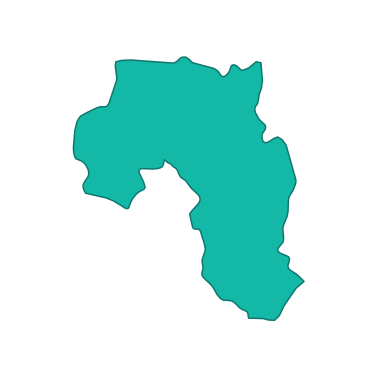 outline of Aragatsotn, rotated 254°
{"feature_id": "ARM-1553", "entity_name": "Aragatsotn", "entity_type": "Province", "adm_level": 1, "iso_a3": "ARM", "parent_name": "Armenia", "parent_adm1": "", "projection": "robinson", "projection_center": [44.108, 40.464], "detail": "fine", "context": "isolated", "style": "filled", "palette": "teal", "viewbox_px": 384, "rotation_deg": 254, "n_neighbors": 0, "source": "natural_earth", "source_scale": "10m", "svg_char_len": 2725}
<svg xmlns="http://www.w3.org/2000/svg" viewBox="0 0 384 384"><g transform="rotate(254 192 192)"><path d="M75.1,274.9L70.8,265.5L57.2,249.0L49.0,241.8L45.9,236.0L48.0,229.9L50.6,225.8L55.2,211.6L60.4,212.3L61.7,211.8L63.0,210.7L65.3,207.8L67.5,205.9L73.7,202.5L75.9,200.7L77.5,197.9L78.2,195.9L78.8,193.7L80.0,191.6L82.0,189.8L86.1,188.0L94.6,185.9L97.3,184.8L106.6,179.4L108.9,178.8L111.0,179.0L115.8,181.6L117.4,182.0L121.1,182.3L123.0,182.7L124.8,183.5L131.1,187.9L132.7,188.8L134.3,189.2L139.3,189.6L152.0,189.3L153.7,188.7L154.7,187.6L155.2,185.6L155.7,184.3L156.6,183.3L158.4,182.9L171.1,183.6L171.7,184.0L172.3,184.6L174.1,187.0L179.0,194.8L180.2,196.2L181.5,197.2L182.8,197.8L184.3,198.0L186.0,197.8L188.0,197.0L196.3,192.1L204.5,189.1L209.1,185.4L210.3,184.9L211.8,184.5L216.9,183.9L218.6,183.3L219.9,182.4L221.3,181.1L224.1,179.7L225.1,178.9L226.7,177.0L227.9,176.1L230.1,174.8L230.4,174.4L229.5,173.7L226.3,172.0L225.3,171.2L224.5,170.2L224.0,168.3L224.0,165.7L224.9,160.7L228.0,151.2L228.3,149.2L228.1,147.7L226.4,146.7L224.7,146.6L214.9,148.2L210.5,148.3L209.3,148.1L208.3,147.3L207.8,146.0L206.9,141.8L206.2,139.9L205.4,138.1L203.4,135.0L201.3,132.4L198.7,130.0L194.0,126.5L193.8,125.2L194.7,123.5L205.0,114.2L210.0,107.8L220.1,89.4L224.1,88.6L225.5,88.6L227.6,88.9L229.5,89.8L231.8,91.9L234.8,95.5L236.3,97.0L238.8,98.0L242.0,98.4L247.2,97.4L250.5,95.7L252.8,93.8L255.1,90.6L256.0,89.7L257.1,89.2L258.6,89.0L262.7,89.2L267.6,90.3L283.5,96.4L291.2,100.8L293.3,102.9L295.5,105.5L297.0,111.2L299.2,124.0L299.2,127.4L297.8,132.5L298.0,134.0L300.1,136.6L319.7,150.0L322.4,151.2L333.9,152.9L336.0,153.7L338.1,154.8L337.9,160.6L335.6,170.1L321.0,209.7L321.5,213.0L324.0,218.0L324.2,220.5L323.4,223.1L320.6,225.5L316.1,228.2L304.8,247.0L302.1,249.5L299.5,250.9L297.2,251.5L295.2,252.3L294.1,254.1L294.3,256.3L296.7,260.1L298.7,261.9L302.2,264.3L302.9,265.7L302.7,267.3L301.4,269.2L299.8,270.4L295.9,272.7L295.1,274.2L295.1,276.8L295.7,281.0L299.5,289.6L297.2,293.9L279.3,290.3L272.7,287.3L267.1,283.4L265.7,282.7L264.0,282.1L259.0,279.4L257.3,277.3L255.6,275.7L253.3,274.9L250.0,275.0L243.8,276.4L240.3,278.2L237.7,279.9L236.0,280.8L234.0,280.7L231.8,279.4L229.2,276.3L228.0,275.3L226.5,274.7L224.7,274.3L222.9,274.1L221.0,274.3L219.2,275.8L218.9,278.0L219.4,280.5L221.0,286.0L221.2,289.6L217.7,292.9L211.2,295.4L175.0,295.2L172.7,294.5L170.3,293.1L165.6,289.4L160.9,284.3L158.0,282.6L146.4,278.8L142.1,276.5L134.3,270.4L133.1,269.7L130.9,269.0L122.9,267.5L120.2,266.5L118.5,265.4L114.7,259.9L113.3,258.6L111.7,258.4L109.6,259.3L106.6,262.7L104.8,265.2L102.8,267.1L100.7,267.3L97.5,265.7L95.2,264.0L92.7,263.6L90.2,264.6L83.1,270.6L75.5,274.9L75.1,274.9Z" fill="#14b8a6" stroke="#0f766e" stroke-width="1.5"/></g></svg>